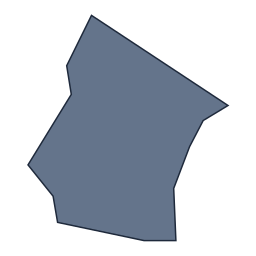 SVG path tracing the border of Christ Church Nichola Town
{"feature_id": "KNA-5099", "entity_name": "Christ Church Nichola Town", "entity_type": "Parish", "adm_level": 1, "iso_a3": "KNA", "parent_name": "Saint Kitts and Nevis", "parent_adm1": "", "projection": "robinson", "projection_center": [-62.761, 17.359], "detail": "fine", "context": "isolated", "style": "filled", "palette": "slate", "viewbox_px": 256, "rotation_deg": 0, "n_neighbors": 0, "source": "natural_earth", "source_scale": "10m", "svg_char_len": 277}
<svg xmlns="http://www.w3.org/2000/svg" viewBox="0 0 256 256"><path d="M91.5,15.4L228.0,105.5L203.2,120.5L189.6,146.6L173.7,188.4L175.9,240.6L144.1,240.6L57.6,222.4L53.1,196.2L28.0,164.9L71.3,94.4L66.7,65.7L91.5,15.4Z" fill="#64748b" stroke="#1e293b" stroke-width="1.5"/></svg>